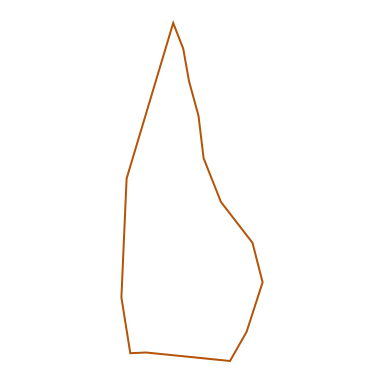 the border of Liechtenstein
{"feature_id": "LIE", "entity_name": "Liechtenstein", "entity_type": "country or territory", "adm_level": 0, "iso_a3": "LIE", "parent_name": "Europe", "parent_adm1": "", "projection": "mercator", "projection_center": [9.547, 47.164], "detail": "fine", "context": "isolated", "style": "outline", "palette": "amber", "viewbox_px": 384, "rotation_deg": 0, "n_neighbors": 0, "source": "natural_earth", "source_scale": "50m", "svg_char_len": 304}
<svg xmlns="http://www.w3.org/2000/svg" viewBox="0 0 384 384"><path d="M230.0,361.0L146.0,352.5L130.3,353.2L121.4,297.5L126.6,178.6L173.2,23.0L183.2,48.6L189.0,81.1L198.5,115.8L203.6,158.2L220.9,201.9L252.5,242.8L262.6,282.3L246.6,331.8L230.0,361.0Z" fill="none" stroke="#b45309" stroke-width="2"/></svg>